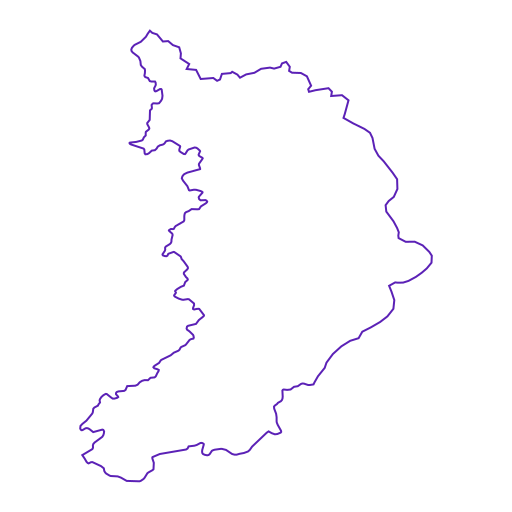 an SVG outline of Khakass
{"feature_id": "RUS-2402", "entity_name": "Khakass", "entity_type": "Republic", "adm_level": 1, "iso_a3": "RUS", "parent_name": "Russia", "parent_adm1": "", "projection": "equal_earth", "projection_center": [89.08, 53.381], "detail": "fine", "context": "isolated", "style": "outline", "palette": "violet", "viewbox_px": 512, "rotation_deg": 0, "n_neighbors": 0, "source": "natural_earth", "source_scale": "10m", "svg_char_len": 6015}
<svg xmlns="http://www.w3.org/2000/svg" viewBox="0 0 512 512"><path d="M151.3,81.5L149.8,81.1L148.0,78.0L145.3,77.1L144.6,76.2L144.4,75.5L144.9,73.1L145.0,70.5L144.8,69.1L141.9,66.6L140.8,65.0L140.4,61.1L138.9,57.5L138.1,56.6L132.6,52.4L131.5,50.9L131.3,49.5L132.0,47.7L133.9,45.5L135.0,44.7L140.8,41.8L145.9,36.8L147.8,33.6L149.9,30.7L152.3,32.9L157.0,34.4L162.9,41.5L168.2,41.1L172.9,45.1L179.2,47.3L180.9,53.4L180.5,58.4L189.2,64.0L186.7,69.0L196.1,69.9L200.7,79.0L213.3,78.0L217.1,80.8L220.0,79.5L221.9,73.9L230.7,73.1L232.2,71.8L237.4,74.6L240.0,77.7L246.2,74.4L254.4,72.8L261.1,68.8L270.0,67.6L274.1,68.6L280.5,66.8L282.0,63.4L286.2,61.9L289.8,66.8L289.1,70.9L292.0,72.7L300.9,73.0L306.9,76.3L311.1,85.7L308.2,89.2L309.0,91.8L315.5,90.2L328.5,88.2L331.9,91.7L331.2,96.0L342.0,95.2L348.5,100.3L344.8,113.9L343.5,117.9L353.2,123.4L364.4,128.9L370.0,132.8L372.5,138.0L374.6,148.8L378.4,155.7L383.7,161.3L392.6,172.7L397.1,179.2L397.4,189.0L393.8,196.9L388.7,201.0L385.6,205.2L386.3,211.6L393.5,221.3L397.1,228.0L398.8,232.3L398.3,235.6L398.6,238.1L405.7,241.8L414.7,241.7L422.7,245.4L429.3,251.9L431.8,255.7L431.5,262.7L426.8,268.4L421.8,272.7L415.9,276.9L408.5,280.9L403.1,282.6L397.7,282.7L395.2,282.4L389.1,285.8L391.5,291.7L394.3,300.1L393.4,308.8L387.4,316.4L380.1,322.0L370.8,327.4L362.3,331.7L358.6,338.2L350.2,340.8L341.4,346.3L332.9,354.0L326.5,362.6L324.7,367.9L318.0,376.2L314.5,382.3L313.5,384.4L309.9,385.0L308.1,385.0L303.9,383.6L302.3,383.5L300.9,384.0L297.8,386.2L294.0,386.8L290.6,389.5L287.2,389.9L283.7,389.5L282.9,389.8L282.4,390.5L282.7,396.6L282.5,398.5L282.0,399.9L280.9,401.2L278.0,402.8L276.9,404.1L274.8,405.6L274.0,406.6L274.2,408.7L276.1,413.7L276.6,417.2L276.6,421.3L276.8,422.6L277.7,424.8L281.0,430.7L281.2,431.9L280.7,432.6L277.4,434.0L274.9,434.3L271.8,433.2L268.6,431.4L266.7,432.7L252.1,446.6L249.8,449.9L248.0,451.5L243.9,453.0L239.6,453.8L236.5,454.7L234.7,454.7L232.1,454.0L226.0,449.9L222.0,448.9L220.5,448.9L214.7,449.7L213.1,450.2L211.9,450.8L209.7,454.1L208.6,455.0L207.2,455.3L204.7,454.8L203.0,454.0L202.3,453.0L202.1,451.9L202.2,450.1L203.8,444.5L203.7,443.9L202.5,443.1L201.5,442.9L200.4,443.0L196.7,445.0L194.4,445.7L188.6,446.4L187.6,448.5L186.1,449.5L159.8,454.0L152.5,457.1L152.3,457.6L152.4,458.6L153.8,462.8L153.5,469.2L152.6,470.1L148.5,472.4L147.4,473.2L144.5,477.9L143.5,479.0L140.7,480.9L139.5,481.3L126.7,480.9L120.9,477.6L117.7,476.4L110.7,476.0L109.6,475.6L106.1,473.5L105.1,472.4L104.3,471.0L103.8,468.3L101.0,466.1L92.4,462.1L91.0,462.2L88.6,463.4L87.7,463.0L86.5,461.8L84.8,458.8L82.3,455.1L92.2,449.2L92.7,448.6L93.0,447.4L92.9,445.4L93.3,444.0L94.6,442.5L102.3,436.8L103.4,435.0L103.9,433.2L104.1,431.4L103.3,429.9L102.3,429.6L93.2,432.1L89.7,429.3L88.4,428.5L86.9,428.1L85.5,428.3L82.5,430.1L81.4,430.2L80.6,429.4L80.2,428.4L80.5,425.9L82.4,423.9L86.4,420.7L92.3,413.5L92.8,412.3L93.3,408.7L94.4,407.5L98.0,405.6L98.4,404.5L100.0,402.5L99.6,400.2L100.1,398.9L101.4,397.0L103.4,395.2L105.7,393.9L106.7,394.0L111.5,397.8L112.7,398.6L114.4,398.6L117.0,397.9L118.2,397.1L118.1,396.6L116.0,394.2L116.0,393.1L116.4,392.4L117.0,391.9L118.5,391.4L124.1,390.9L125.5,390.0L127.2,386.1L135.3,385.7L137.6,384.7L139.7,382.3L142.1,380.8L144.6,380.1L148.0,380.2L150.5,377.8L154.5,377.4L155.2,376.9L155.8,376.3L157.3,373.1L158.5,371.2L158.8,370.0L157.6,369.3L154.3,368.3L153.4,367.3L153.7,366.6L154.7,365.7L159.1,362.9L160.8,360.3L161.5,359.8L170.7,355.3L173.8,352.7L178.4,350.7L179.5,349.7L180.6,347.6L181.2,347.0L185.2,345.2L185.9,344.6L189.6,339.9L191.1,339.1L193.4,338.6L193.8,337.6L193.5,335.9L193.1,334.9L189.4,331.3L187.1,329.7L186.6,328.6L187.0,326.6L188.1,325.8L196.0,323.9L198.9,320.0L203.3,316.5L203.9,315.8L204.0,315.2L199.3,309.0L198.8,308.8L196.8,308.9L194.1,309.5L193.0,308.9L193.1,307.8L194.1,305.2L194.0,303.5L189.0,299.3L187.8,299.1L183.3,299.8L182.1,299.7L178.7,298.6L175.0,296.7L174.1,295.7L174.4,294.8L175.7,293.2L175.9,292.6L175.1,291.1L175.3,290.7L177.3,289.0L180.9,286.8L183.9,285.6L185.2,282.1L187.6,280.0L187.8,279.4L187.4,278.4L186.0,277.1L183.9,274.0L183.8,273.2L184.0,272.4L187.3,269.3L187.9,268.3L187.9,267.6L187.7,266.9L183.7,261.3L181.6,259.0L181.0,257.1L180.6,256.4L174.2,252.0L173.6,251.9L168.6,253.7L168.1,254.1L167.5,255.6L166.5,256.2L164.9,256.1L162.9,255.4L162.6,254.9L162.5,254.3L164.8,250.9L165.2,249.7L165.1,247.7L165.4,247.1L165.9,246.5L169.8,244.1L170.8,243.1L171.4,241.8L171.5,239.6L172.6,235.1L172.5,234.3L172.2,233.6L169.2,231.0L168.9,230.4L169.2,230.0L170.9,229.0L173.1,229.1L173.9,228.8L174.6,227.3L175.7,226.0L183.7,221.4L184.3,220.1L184.3,216.1L184.5,214.6L184.9,213.2L186.1,212.1L188.7,211.1L191.6,209.1L197.7,209.3L199.1,209.1L200.9,206.4L206.0,203.2L206.9,202.3L207.2,201.7L206.6,200.7L205.5,200.1L200.6,200.3L199.2,199.2L198.7,197.5L198.9,196.7L202.5,192.6L202.5,192.1L202.0,191.7L200.5,191.0L196.1,189.8L194.0,189.7L189.7,190.5L189.0,190.2L187.4,186.2L183.0,180.6L181.8,178.3L182.4,176.3L183.8,174.5L184.9,173.8L187.4,172.6L200.1,169.1L200.1,168.3L198.9,165.0L198.9,164.3L199.1,163.6L202.3,159.1L202.7,158.3L202.4,157.8L199.4,156.1L198.8,155.4L198.6,154.8L198.8,154.2L200.1,151.2L199.8,150.6L197.4,148.4L196.1,147.7L194.6,147.5L188.6,149.5L187.5,150.4L185.5,153.6L185.0,154.1L183.8,154.0L180.4,151.9L179.3,150.8L179.3,149.5L180.2,146.6L180.0,146.0L172.3,141.2L170.0,140.5L167.6,140.8L165.9,141.4L164.7,143.2L164.0,143.9L162.8,144.6L159.9,145.3L157.8,146.6L156.6,148.6L154.9,150.2L151.8,150.6L149.1,153.1L147.4,154.1L145.4,154.3L144.7,153.4L144.3,149.5L143.6,148.6L131.1,144.5L130.0,143.9L129.6,143.4L129.5,143.0L129.9,142.6L136.3,141.9L141.8,140.5L142.8,139.7L143.9,137.3L145.7,135.5L145.7,132.8L145.9,131.8L148.7,129.6L149.3,128.6L149.1,127.5L147.3,124.2L147.2,123.1L149.7,119.9L150.0,110.4L151.8,108.7L151.9,107.6L151.6,105.0L152.7,103.6L153.4,103.3L157.4,103.5L159.1,103.2L161.1,100.7L162.1,98.8L162.5,95.8L161.7,89.7L161.3,89.1L160.1,89.0L156.5,91.1L155.3,91.4L154.8,91.1L154.3,90.1L154.1,88.3L155.6,85.4L155.8,84.5L155.6,82.6L155.0,81.5L151.3,81.5Z" fill="none" stroke="#5b21b6" stroke-width="2"/></svg>